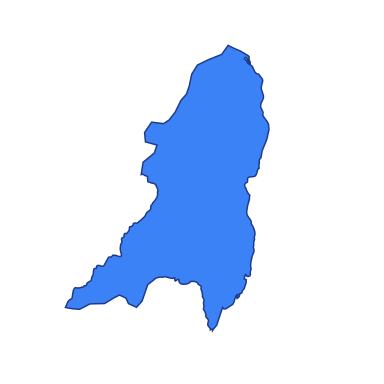 map outline of Atsimo-Andrefana (orthographic projection), rotated 199°
{"feature_id": "MDG-5866", "entity_name": "Atsimo-Andrefana", "entity_type": "Autonomous Province", "adm_level": 1, "iso_a3": "MDG", "parent_name": "Madagascar", "parent_adm1": "", "projection": "orthographic", "projection_center": [44.623, -23.116], "detail": "fine", "context": "isolated", "style": "filled", "palette": "blue", "viewbox_px": 384, "rotation_deg": 199, "n_neighbors": 0, "source": "natural_earth", "source_scale": "10m", "svg_char_len": 6026}
<svg xmlns="http://www.w3.org/2000/svg" viewBox="0 0 384 384"><g transform="rotate(199 192 192)"><path d="M205.6,342.4L199.0,341.5L192.5,341.1L183.3,339.2L182.1,338.6L181.2,335.9L179.2,333.6L178.7,332.1L179.9,332.6L181.0,333.6L182.9,335.8L184.2,336.7L185.2,336.8L185.8,336.0L185.5,334.5L184.5,334.7L183.6,334.2L182.0,332.6L181.0,331.9L180.1,331.5L179.1,331.3L177.9,331.2L175.7,330.3L171.9,326.2L169.7,325.0L167.7,325.1L167.0,324.9L162.0,321.5L161.3,320.0L160.8,314.6L160.2,312.3L155.7,306.1L155.0,303.9L155.6,297.7L155.0,295.4L154.3,294.2L151.6,291.3L151.3,291.1L151.0,290.8L150.7,290.2L150.5,289.6L150.3,288.2L150.0,287.6L147.9,285.8L143.5,282.8L141.6,280.8L139.5,275.9L138.4,265.6L139.1,253.8L138.0,247.1L138.1,246.5L138.6,245.2L138.8,244.5L138.7,243.7L137.9,241.7L137.4,239.0L137.0,237.7L136.2,236.5L137.1,235.1L136.9,230.2L137.2,228.0L138.6,226.7L142.8,224.8L143.9,223.3L143.7,222.1L142.9,220.3L143.0,219.1L143.9,218.1L144.2,217.7L144.6,216.5L144.6,215.9L144.4,215.3L143.7,214.3L142.1,212.9L140.8,211.2L138.1,208.7L137.7,208.4L137.3,208.4L136.9,208.2L136.4,207.8L136.2,207.4L136.0,205.9L135.3,203.5L135.0,197.3L134.1,192.2L133.2,189.3L131.5,187.4L127.1,184.2L126.4,183.2L125.4,181.1L124.4,180.2L123.3,179.4L121.1,176.9L119.7,174.9L119.0,173.4L118.7,172.5L118.4,169.6L117.5,167.8L117.2,164.2L116.4,162.2L116.0,159.8L115.7,159.2L114.8,158.0L114.5,157.4L114.0,155.8L114.0,154.2L114.2,151.0L113.5,144.7L112.6,141.4L111.0,138.3L111.0,137.6L111.0,136.9L111.0,136.2L110.6,134.5L109.9,133.0L110.0,131.5L111.4,130.4L113.1,130.3L114.4,131.5L114.9,130.4L114.7,129.3L114.5,128.1L114.4,126.8L112.2,126.8L111.3,124.0L111.2,117.8L111.4,117.1L112.0,115.7L112.1,115.0L112.1,113.3L112.2,112.6L112.5,112.3L112.8,112.1L113.0,111.7L113.4,111.6L113.7,111.4L113.8,111.2L113.3,109.3L113.4,108.4L113.7,107.6L114.1,106.8L114.7,106.0L115.4,107.0L115.5,108.2L115.1,110.7L116.4,108.8L116.7,105.6L116.5,102.1L116.8,99.4L117.5,98.2L121.7,92.9L122.8,92.1L124.1,91.9L125.5,92.7L125.3,74.3L125.8,72.6L127.1,69.4L127.5,67.7L128.0,68.9L128.5,68.9L129.7,67.7L129.8,68.2L130.7,69.1L133.0,70.7L133.8,71.4L134.1,72.3L134.6,75.9L135.2,76.7L138.0,78.3L138.6,79.2L138.9,80.2L139.6,81.4L140.8,83.1L142.6,84.4L143.1,85.1L143.2,85.7L143.3,87.2L143.5,87.9L144.7,90.1L145.1,91.2L145.2,92.8L145.7,94.4L147.8,96.1L148.3,97.0L148.5,97.9L149.1,99.1L150.1,101.0L151.6,102.7L152.0,103.4L152.3,104.9L152.5,105.5L153.3,106.1L154.1,106.3L155.0,106.4L155.8,106.7L156.3,106.9L157.0,107.7L157.6,108.1L159.0,108.4L160.3,108.2L162.6,107.6L163.7,107.2L165.2,105.0L166.3,103.9L168.3,102.7L170.6,101.8L173.0,101.6L175.1,102.9L176.1,104.9L176.7,104.9L178.0,103.6L178.5,102.5L178.8,102.5L179.5,102.9L179.8,103.4L180.4,105.2L182.3,104.0L184.4,103.5L189.3,103.3L192.5,101.7L194.8,101.1L196.3,100.0L197.8,99.2L203.7,89.9L203.7,72.7L206.9,64.9L215.8,65.8L219.8,70.1L227.0,71.0L231.9,65.9L238.3,58.1L252.0,53.0L260.1,44.5L266.6,42.8L274.1,41.6L273.6,47.8L273.5,48.2L273.4,48.5L273.3,48.9L272.4,50.4L272.0,51.0L271.2,51.7L271.0,51.9L270.9,52.3L270.9,52.7L272.1,59.7L272.1,60.5L271.9,62.2L271.8,62.6L271.5,63.2L271.2,63.5L270.9,63.6L270.6,63.7L269.3,63.8L268.4,64.3L267.6,64.4L266.8,65.0L266.1,65.2L265.9,65.5L265.7,65.8L265.5,66.0L265.1,66.2L264.7,66.2L264.4,66.4L264.1,66.6L263.9,66.9L263.8,67.2L263.5,67.9L263.3,68.2L263.1,68.4L262.3,68.6L262.0,68.7L261.8,69.0L261.6,69.3L261.5,69.6L261.6,70.9L261.6,71.3L261.5,71.7L261.3,72.0L261.2,72.3L258.7,75.1L258.6,75.5L258.5,75.8L258.6,76.2L258.9,78.1L259.0,79.0L258.9,79.4L258.6,81.0L258.5,81.3L258.6,81.7L259.6,86.3L259.7,86.7L259.6,87.1L259.6,87.5L259.4,87.8L259.2,88.0L257.9,88.6L257.7,88.8L257.7,89.1L257.7,89.4L257.9,90.0L257.9,90.8L257.9,91.1L257.7,91.5L257.2,91.9L256.9,92.0L256.1,92.2L255.3,92.4L253.2,92.4L252.8,92.5L252.4,92.6L252.1,92.7L251.9,92.9L251.6,93.2L251.4,93.5L251.3,93.8L251.2,94.2L249.7,102.9L249.5,103.2L249.3,103.5L249.0,103.6L248.6,103.8L247.9,103.9L247.6,104.1L247.2,104.2L247.0,104.5L246.8,104.8L246.7,105.1L246.5,105.9L246.4,106.3L246.1,106.5L245.8,106.7L243.2,107.3L240.5,107.2L239.7,107.4L239.1,107.6L238.8,107.8L238.3,108.2L238.1,108.5L238.0,108.8L238.2,109.5L238.7,110.5L240.1,112.5L241.0,114.1L241.4,115.1L241.6,115.6L241.7,116.1L242.3,119.1L242.3,119.5L242.3,119.9L242.0,120.6L241.9,121.0L241.8,121.4L242.0,121.9L242.3,122.6L243.0,123.8L243.3,124.6L243.4,125.2L243.3,125.5L243.1,125.8L242.9,126.1L241.9,127.0L241.8,127.4L241.9,127.9L242.2,128.9L242.3,129.5L242.3,130.0L242.1,130.8L241.9,131.0L241.6,131.2L240.8,131.3L240.4,131.4L240.1,131.6L240.0,131.9L239.7,133.0L239.4,133.7L239.3,134.1L239.1,134.9L239.1,135.8L239.1,136.3L239.2,136.8L239.6,138.0L239.6,138.4L239.6,138.8L239.4,139.0L239.1,139.2L238.1,139.6L237.8,139.8L237.6,140.1L237.1,141.4L237.0,141.8L237.1,142.6L237.2,142.9L237.1,143.3L236.8,143.5L236.6,143.7L235.6,144.2L234.2,144.6L233.5,144.9L233.2,145.1L233.0,145.4L232.9,145.7L232.8,146.2L232.7,146.5L232.5,146.8L232.3,147.1L232.1,147.4L231.7,147.9L229.0,152.9L228.5,154.4L228.4,155.3L228.2,157.1L228.0,157.9L227.7,158.5L225.9,161.0L225.8,161.3L225.6,161.7L225.6,162.1L225.6,162.5L225.6,163.0L226.2,164.6L226.3,165.0L226.3,165.4L226.3,165.8L226.2,166.2L225.8,167.2L225.7,167.5L225.6,167.8L225.6,168.7L225.5,169.0L225.4,169.4L225.2,169.7L224.9,170.3L224.6,171.0L223.9,173.7L223.4,175.1L223.3,175.5L223.4,176.0L223.6,177.0L223.6,177.9L223.6,178.4L223.8,178.8L224.0,179.3L224.2,179.6L224.5,180.3L224.6,180.7L224.7,181.9L224.8,182.4L225.0,182.9L225.4,183.5L225.5,183.7L226.1,184.2L226.7,185.0L228.6,186.9L228.9,187.2L229.4,187.4L230.4,187.6L231.0,187.6L233.5,187.3L233.9,187.3L235.1,187.5L235.5,187.5L236.6,187.2L236.9,187.3L237.2,187.5L237.4,188.0L237.6,188.8L238.0,189.4L238.2,189.7L238.5,190.3L238.8,191.4L238.9,191.8L239.2,192.1L239.5,192.3L240.3,192.3L241.7,192.2L242.5,192.4L243.6,192.7L244.0,192.7L244.4,192.6L244.8,192.5L245.7,191.9L247.9,204.2L240.3,216.7L240.4,225.0L252.3,224.2L256.2,232.8L252.9,244.9L241.1,247.4L237.1,252.6L233.9,262.0L232.3,275.0L229.1,282.7L229.1,291.3L230.6,303.4L228.2,313.8L219.6,322.4L208.7,331.8L205.6,342.4Z" fill="#3b82f6" stroke="#1e3a8a" stroke-width="1.5"/></g></svg>